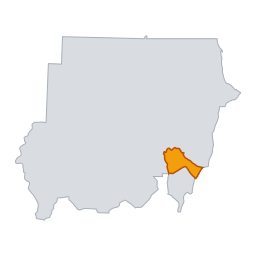 location of Sennar within Sudan
{"feature_id": "SDN-880", "entity_name": "Sennar", "entity_type": "Region", "adm_level": 1, "iso_a3": "SDN", "parent_name": "Sudan", "parent_adm1": "", "projection": "albers", "projection_center": [34.248, 12.985], "detail": "fine", "context": "in_parent", "style": "filled", "palette": "amber", "viewbox_px": 256, "rotation_deg": 0, "n_neighbors": 0, "source": "natural_earth", "source_scale": "10m", "svg_char_len": 5517}
<svg xmlns="http://www.w3.org/2000/svg" viewBox="0 0 256 256"><path d="M180.7,211.9L178.1,211.9L177.8,211.3L177.9,209.6L178.2,208.3L179.1,206.3L178.9,205.3L179.0,203.7L178.3,201.9L172.3,196.8L171.1,195.4L167.8,194.1L168.4,192.6L167.1,182.2L167.7,181.0L167.9,179.1L167.9,177.5L168.7,174.9L168.8,173.7L162.3,173.6L162.3,174.8L162.5,176.1L162.5,176.6L153.5,176.5L157.1,180.7L157.2,182.5L157.0,184.7L157.1,186.2L157.3,187.1L158.2,188.9L158.2,189.3L157.9,189.7L151.5,195.1L150.4,197.7L149.5,199.0L147.6,201.2L141.7,207.0L140.7,207.3L136.3,207.5L135.8,207.6L135.5,207.9L135.3,207.8L131.5,204.3L125.1,200.1L120.8,202.2L119.6,203.0L119.6,204.9L118.9,205.9L117.8,207.0L114.6,207.7L112.9,208.2L111.0,209.3L109.0,211.1L108.9,212.1L109.0,213.0L98.2,212.7L97.5,212.0L95.9,208.9L94.8,209.0L84.9,208.4L83.5,208.7L80.6,209.9L79.2,210.0L77.7,209.4L72.7,203.2L71.6,202.4L70.5,200.9L69.4,200.2L69.0,199.8L68.9,199.1L69.0,197.8L68.7,196.9L67.9,196.7L60.8,197.9L59.8,197.7L58.4,197.9L57.8,198.1L57.2,198.9L57.1,200.6L56.8,201.4L56.3,202.3L54.2,204.3L53.7,205.2L53.7,207.4L53.6,208.6L53.2,209.1L52.3,209.9L52.0,210.4L51.6,213.3L50.4,215.0L50.1,215.6L50.0,216.9L49.8,217.3L46.6,218.2L45.4,218.8L44.6,219.7L44.4,220.1L43.1,219.7L41.4,219.4L38.0,218.9L36.7,218.4L36.1,217.7L36.4,216.0L36.1,215.6L35.6,215.2L35.3,214.5L35.4,213.6L37.2,211.6L37.6,210.5L38.3,205.4L38.2,203.9L36.9,201.0L34.0,195.9L33.3,194.9L29.5,190.6L29.0,190.0L28.2,188.3L29.4,184.5L29.5,183.5L29.3,182.4L28.3,181.6L27.4,181.4L26.3,180.4L25.6,179.9L24.9,179.0L24.5,177.7L25.0,173.3L24.8,172.7L23.8,172.5L23.6,172.1L23.7,171.3L23.3,168.7L22.8,166.6L23.1,165.5L22.4,163.9L20.8,163.1L17.6,163.5L16.7,163.4L16.0,163.0L15.6,162.4L15.4,161.7L15.6,160.7L16.6,158.9L17.8,157.4L20.1,156.1L20.8,155.4L21.1,154.5L21.2,153.6L21.1,152.6L20.9,151.6L20.3,150.4L19.8,148.9L19.8,148.0L20.1,147.3L20.8,146.5L23.1,144.9L25.4,143.7L25.8,143.2L25.7,142.6L24.7,141.5L24.5,139.3L24.0,137.8L25.2,136.7L26.1,136.3L27.4,136.0L28.0,135.6L28.2,134.6L28.2,133.8L28.7,133.2L29.4,131.8L29.9,131.2L31.7,129.6L32.2,128.6L32.3,127.6L32.0,124.5L33.1,123.3L34.4,122.3L36.2,122.4L39.1,122.3L41.1,122.0L42.4,122.0L45.6,122.7L45.9,122.5L46.1,121.7L48.4,63.6L61.4,64.1L61.5,64.0L62.5,36.7L143.5,38.7L144.2,38.6L145.5,36.1L146.0,35.9L146.8,36.0L147.1,36.6L146.4,38.7L217.1,38.7L217.3,41.8L217.9,44.3L219.9,47.9L221.7,49.8L222.3,50.8L222.3,51.3L222.3,51.8L221.8,51.2L220.9,50.9L220.8,52.6L221.2,56.0L222.0,58.4L221.5,60.6L221.6,64.4L222.5,68.9L222.4,71.8L224.0,78.5L225.5,82.2L226.3,83.1L227.2,83.6L228.9,83.9L231.4,85.8L233.5,87.8L234.2,88.8L235.2,89.9L235.9,89.7L236.3,89.4L236.9,90.3L240.2,92.3L240.6,93.2L239.5,94.2L238.2,95.8L237.6,97.2L237.2,97.7L236.2,98.7L236.0,99.1L235.6,99.4L235.1,99.4L234.0,99.9L233.0,99.8L232.0,100.1L231.7,100.4L230.9,100.8L229.8,100.9L228.2,102.2L226.7,102.8L226.2,103.3L225.5,105.8L225.0,106.5L222.8,106.6L221.8,106.8L220.3,106.5L219.6,106.6L219.5,107.1L219.2,109.2L219.3,110.1L218.1,112.6L218.5,117.1L217.3,120.5L217.2,121.3L216.0,124.0L215.4,125.0L214.0,130.1L213.4,131.6L212.1,133.3L213.5,145.4L212.5,149.1L212.6,151.1L211.8,154.1L211.2,155.5L210.3,157.2L209.5,159.1L208.8,161.5L208.3,166.2L208.1,166.6L204.2,167.2L203.0,167.6L202.2,168.1L201.2,169.3L199.3,172.6L198.2,174.6L196.6,177.3L194.7,179.3L194.3,180.2L194.0,182.0L193.3,184.8L192.7,186.8L192.8,188.4L192.2,191.1L192.3,192.5L191.6,193.2L190.7,193.9L190.1,194.1L187.4,192.3L185.5,193.5L184.3,195.3L183.4,197.1L183.9,201.0L183.9,201.8L183.6,202.7L181.8,206.5L181.3,208.2L180.7,211.2L180.7,211.9Z" fill="#d9dde1" stroke="#a8b0b8" stroke-width="1"/><path d="M196.5,177.3L196.5,177.6L196.1,178.2L195.2,178.5L195.0,177.9L194.7,177.4L193.3,176.3L191.8,174.8L190.1,172.8L187.1,168.1L186.5,167.4L186.0,167.0L185.5,166.7L185.0,166.6L184.5,166.7L182.8,167.4L173.0,173.5L172.8,173.6L172.4,173.6L170.8,173.2L170.4,173.2L170.1,173.2L169.9,173.3L169.6,173.4L169.3,173.5L168.9,173.8L167.2,167.6L167.1,166.7L167.2,166.0L167.5,164.8L167.5,164.4L167.4,164.0L166.0,162.0L165.0,160.1L164.7,159.3L164.6,158.0L164.6,155.8L164.5,155.3L164.4,155.0L164.2,154.7L164.0,154.4L163.6,154.0L163.7,152.8L163.8,152.4L164.1,151.9L164.4,151.8L164.7,151.8L165.3,152.5L165.7,152.5L166.0,152.2L166.7,150.1L167.0,149.6L167.3,149.1L167.7,148.7L168.2,148.4L168.8,148.3L169.3,148.3L169.8,148.6L171.0,150.0L171.3,150.2L171.6,150.2L172.0,149.9L173.1,148.8L174.0,148.1L174.4,147.9L174.8,147.7L175.0,147.7L175.4,147.7L175.5,147.8L176.4,148.4L176.6,148.4L177.0,148.5L177.9,148.4L178.6,148.5L178.9,148.6L179.4,148.7L179.5,148.9L179.7,149.1L179.7,149.5L179.8,149.7L180.0,149.9L180.5,150.3L180.7,150.5L180.6,150.8L180.7,151.1L180.7,151.3L180.8,151.4L180.9,151.5L181.0,151.6L181.5,152.4L181.7,152.5L181.8,152.4L182.0,152.5L182.3,152.7L182.6,152.7L182.8,152.6L183.0,152.6L183.1,152.8L183.4,152.8L183.5,152.8L183.8,152.9L183.8,153.0L183.8,153.3L183.7,153.4L183.6,153.5L183.4,153.7L183.2,153.8L183.1,154.1L183.1,154.4L183.2,154.5L183.6,155.1L184.3,156.6L185.4,157.9L185.7,158.1L186.2,158.4L186.7,158.5L186.9,158.6L187.0,158.7L187.2,158.8L187.6,159.3L187.8,159.5L189.2,160.2L189.4,160.2L189.6,160.3L189.9,160.5L190.5,160.9L190.7,161.1L191.2,161.8L191.9,162.4L192.3,162.9L192.4,163.0L195.3,164.7L195.5,164.9L195.9,165.3L196.3,165.6L196.8,166.0L198.1,166.5L202.6,167.5L202.4,167.6L202.3,168.1L202.2,168.3L202.1,168.5L201.7,168.6L201.5,168.8L199.0,173.0L198.8,173.4L198.8,173.8L198.8,174.0L198.6,174.2L198.5,174.3L198.2,174.4L198.1,174.6L197.7,175.3L197.6,176.1L197.5,176.4L197.2,176.7L196.7,177.0L196.5,177.3L196.5,177.3Z" fill="#f59e0b" stroke="#b45309" stroke-width="1.5"/></svg>